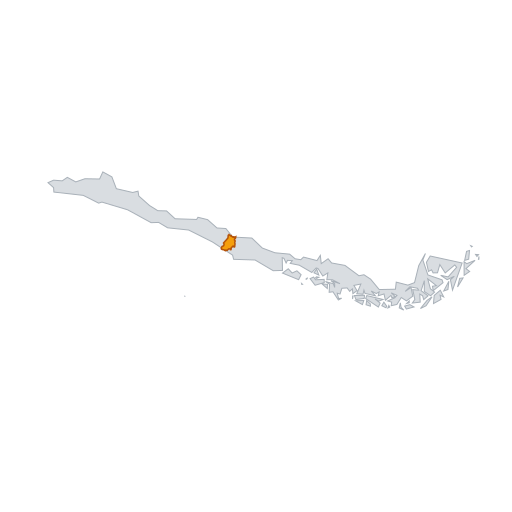 Chile, with Ñuble highlighted, rotated 282°
{"feature_id": "CHL-20010", "entity_name": "Ñuble", "entity_type": "Region", "adm_level": 1, "iso_a3": "CHL", "parent_name": "Chile", "parent_adm1": "", "projection": "mercator", "projection_center": [-71.968, -36.605], "detail": "fine", "context": "in_parent", "style": "filled", "palette": "amber", "viewbox_px": 512, "rotation_deg": 282, "n_neighbors": 0, "source": "natural_earth", "source_scale": "10m", "svg_char_len": 5538}
<svg xmlns="http://www.w3.org/2000/svg" viewBox="0 0 512 512"><g transform="rotate(282 256 256)"><path d="M276.5,45.0L280.8,43.8L284.5,37.3L288.1,42.3L289.2,50.8L293.7,55.1L291.0,64.3L296.0,72.6L298.8,87.0L306.4,88.7L303.4,98.6L292.8,105.4L292.5,122.2L294.9,127.1L290.3,128.9L283.2,141.4L279.9,150.5L281.5,159.1L275.6,169.1L279.4,190.3L281.8,191.2L281.5,201.1L275.3,212.0L276.6,220.8L269.7,229.3L272.7,248.2L265.1,260.5L263.1,273.8L264.8,288.5L261.4,294.8L261.7,300.6L264.8,302.7L264.2,316.6L270.0,318.8L262.1,321.4L268.3,327.1L264.9,331.4L265.3,345.0L258.1,360.8L260.1,365.5L257.2,372.9L248.8,383.5L252.5,399.3L259.6,398.6L259.1,410.6L262.9,416.6L280.5,417.2L293.7,421.2L286.8,420.0L273.2,428.1L271.4,442.9L268.8,444.5L259.0,436.6L263.1,434.9L264.5,438.6L269.4,428.7L260.2,433.4L257.8,438.2L253.4,435.0L256.3,428.0L266.9,425.8L256.4,424.7L252.8,432.6L248.2,429.1L251.8,427.2L252.8,424.1L245.0,426.2L242.5,418.7L246.5,420.4L255.7,416.3L256.4,422.2L258.0,420.7L257.9,412.9L252.4,409.3L257.4,414.2L249.3,417.7L243.4,412.5L245.6,406.7L237.9,403.9L235.5,398.6L239.1,398.3L239.4,394.1L243.9,400.4L246.8,402.1L248.1,395.9L245.3,400.6L243.4,397.6L245.5,396.2L239.6,391.8L245.5,389.1L242.5,383.8L246.5,383.9L244.3,381.5L245.7,376.0L241.9,381.1L242.1,370.3L245.0,368.7L240.9,368.6L240.0,362.4L250.4,364.4L247.6,357.9L243.1,362.0L239.3,358.6L243.9,357.1L240.9,355.0L243.7,351.8L242.3,346.7L236.3,346.1L236.5,343.2L231.6,345.6L232.5,348.6L230.1,345.7L237.0,338.7L235.7,335.1L243.7,333.8L245.5,329.2L244.9,337.4L241.6,339.5L245.4,338.7L247.4,334.4L246.4,343.9L248.7,335.5L247.5,330.2L254.4,329.8L250.3,325.5L256.7,319.2L256.8,317.3L251.5,314.0L256.0,300.3L255.9,291.0L259.0,292.5L258.3,287.7L255.4,286.9L259.5,283.8L259.8,282.0L247.4,284.9L245.2,275.9L251.9,255.9L248.1,234.8L252.0,232.9L260.7,210.4L267.4,184.7L265.2,163.7L268.6,153.8L266.8,146.5L274.5,120.8L276.7,94.1L275.0,91.1L279.4,74.4L276.5,45.0ZM292.2,426.4L292.0,459.1L263.5,455.3L273.2,451.1L277.4,454.2L272.6,447.9L275.5,440.7L275.5,448.3L286.7,454.6L288.6,452.3L278.8,444.6L285.8,437.6L277.3,437.0L276.3,432.7L279.0,430.6L276.8,427.9L285.3,424.0L292.2,426.4ZM247.1,304.0L241.7,302.6L244.8,285.5L250.2,290.2L246.9,294.9L250.0,299.1L247.1,304.0ZM240.3,372.6L239.9,389.3L237.4,385.5L238.7,381.4L235.7,387.2L231.5,386.3L237.2,372.1L240.3,372.6ZM280.4,463.6L293.7,460.7L292.3,463.7L297.3,471.2L287.3,464.0L285.3,468.2L280.4,463.6ZM247.4,316.7L245.1,319.2L247.3,327.5L244.2,328.3L239.7,319.9L245.1,313.6L247.4,316.7ZM254.5,438.5L260.8,443.4L255.0,448.1L255.9,444.2L252.0,446.0L246.4,439.5L254.5,438.5ZM260.8,446.9L271.4,449.9L263.1,450.7L260.8,446.9ZM305.8,463.7L297.1,464.7L295.1,461.0L304.3,461.0L305.8,463.7ZM240.1,370.3L237.0,370.7L234.2,362.8L237.8,360.5L240.1,370.3ZM234.9,370.7L230.6,370.2L232.9,362.7L234.9,370.7ZM255.8,318.1L250.4,321.4L251.6,316.2L255.8,318.1ZM237.9,411.8L240.4,416.6L239.0,421.1L235.4,414.1L237.9,411.8ZM238.8,427.8L248.1,432.5L252.7,436.7L242.7,432.7L238.8,427.8ZM243.1,331.8L239.0,332.5L242.4,326.4L243.1,331.8ZM267.6,459.6L276.5,459.9L277.6,463.1L267.6,459.6ZM235.4,373.5L232.9,377.8L230.7,378.3L231.2,373.8L235.4,373.5ZM237.4,390.7L234.1,394.3L232.4,393.9L233.5,389.4L237.4,390.7ZM240.2,406.9L235.9,408.6L233.8,411.8L235.0,406.9L240.2,406.9ZM233.8,397.4L232.6,395.8L235.3,396.2L233.8,397.4ZM248.3,322.0L246.7,319.9L247.0,318.8L248.2,319.4L248.3,322.0ZM243.9,415.2L242.1,415.6L240.9,413.2L243.9,415.2ZM237.1,359.3L234.0,359.4L237.0,358.8L237.1,359.3ZM303.2,470.4L303.6,473.4L301.5,472.2L303.2,470.4ZM243.9,309.7L245.5,311.0L243.8,310.4L243.9,309.7ZM301.9,474.2L299.2,474.7L299.0,474.3L301.9,474.2ZM310.7,463.9L310.4,465.5L309.7,464.9L310.7,463.9ZM202.3,194.3L201.4,195.2L202.3,194.3ZM238.6,306.3L238.0,307.4L237.7,306.7L238.6,306.3Z" fill="#d9dde1" stroke="#a8b0b8" stroke-width="1"/><path d="M271.2,225.4L270.9,225.8L270.8,226.3L270.8,226.7L270.9,227.5L270.6,227.7L270.4,227.5L270.1,227.6L270.1,227.8L270.1,228.2L270.1,228.4L269.9,229.0L269.7,229.2L269.7,229.3L269.7,229.5L269.8,229.6L270.0,229.7L270.0,229.8L270.0,230.0L269.9,230.1L270.2,230.4L270.2,230.5L270.0,230.8L269.8,230.8L269.6,230.7L269.6,230.8L269.8,230.9L270.0,231.1L270.2,231.7L270.3,231.9L270.6,232.2L269.9,232.3L269.5,232.2L269.1,232.2L268.8,232.1L268.5,231.8L267.9,231.5L267.4,231.5L267.1,231.6L266.9,231.8L266.6,232.3L266.4,232.5L265.9,232.5L265.5,232.4L265.0,232.4L264.6,232.4L264.2,232.6L263.9,232.8L263.3,233.0L262.6,233.0L261.7,233.1L261.3,233.2L260.8,233.2L260.5,233.2L260.3,233.0L260.3,232.8L260.4,232.1L260.8,231.8L261.0,231.6L260.9,231.4L260.5,231.1L260.1,231.0L259.9,230.9L259.6,230.5L259.2,230.2L258.8,230.1L258.3,230.1L258.1,230.2L257.9,230.3L257.4,230.2L257.1,230.2L256.9,230.1L256.9,229.8L257.1,229.8L257.5,229.9L257.8,229.7L257.8,229.4L257.6,229.3L257.5,229.1L257.4,228.8L257.4,228.4L257.4,228.0L257.2,227.8L256.8,227.5L256.6,227.3L256.3,227.2L256.1,227.0L255.9,226.7L255.6,226.7L255.6,226.3L255.5,226.1L255.4,226.0L255.4,225.9L255.5,225.7L255.5,225.4L255.5,225.2L255.4,225.1L255.2,225.2L254.8,224.9L254.9,224.7L255.0,224.3L255.0,224.1L255.2,223.9L255.3,223.7L255.4,223.3L255.4,223.0L255.3,222.3L255.3,222.1L255.5,221.8L255.5,221.7L255.4,221.3L255.4,221.2L255.6,220.7L256.5,220.3L256.9,220.5L257.5,220.6L258.3,220.8L258.5,221.0L258.8,221.7L259.3,222.2L260.0,222.3L261.0,222.3L261.5,222.0L261.9,221.5L262.0,221.5L263.8,222.6L264.3,222.8L264.5,223.0L265.0,223.3L267.8,224.8L269.2,224.7L269.3,224.7L269.5,224.6L270.0,224.6L270.3,224.5L270.6,224.6L270.8,224.7L270.9,224.8L270.9,225.0L271.0,225.2L271.1,225.4L271.2,225.4Z" fill="#f59e0b" stroke="#b45309" stroke-width="1.5"/></g></svg>